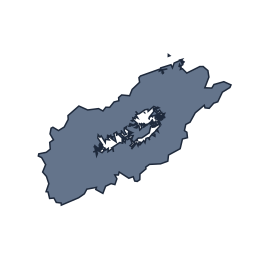 Chepo, Panama (orthographic projection), rotated 138°
{"feature_id": "35544464B69999703107277", "entity_name": "Chepo", "entity_type": "district", "adm_level": 2, "iso_a3": "PAN", "parent_name": "Panama", "parent_adm1": "", "projection": "orthographic", "projection_center": [-78.725, 9.102], "detail": "fine", "context": "isolated", "style": "filled", "palette": "slate", "viewbox_px": 256, "rotation_deg": 138, "n_neighbors": 0, "source": "geoboundaries", "source_scale": "gbopen_adm2", "svg_char_len": 6030}
<svg xmlns="http://www.w3.org/2000/svg" viewBox="0 0 256 256"><g transform="rotate(138 128 128)"><path d="M221.0,146.6L224.1,139.6L231.5,135.5L230.2,134.0L233.4,128.1L229.9,125.5L231.1,120.7L227.9,117.0L229.2,115.3L211.4,109.2L204.5,108.3L199.5,110.1L191.2,105.0L193.1,103.9L190.4,96.2L183.6,99.7L177.8,98.0L175.6,94.7L170.2,97.7L169.2,102.0L166.6,99.5L164.0,101.2L161.0,90.1L156.7,88.3L158.5,84.1L156.9,82.1L153.8,81.7L149.9,85.8L142.0,85.6L141.0,87.1L136.4,86.6L127.8,79.6L120.6,76.7L116.0,80.8L103.1,77.7L94.9,83.4L90.3,81.0L87.1,85.4L87.8,88.3L82.7,92.0L78.0,90.8L67.9,94.3L56.1,93.9L57.3,91.4L54.5,88.3L47.7,89.1L43.8,87.4L33.9,91.5L25.2,89.9L22.6,91.1L25.8,98.3L35.0,102.8L39.0,101.6L44.0,106.5L33.8,111.7L30.2,117.2L31.0,123.4L33.5,125.6L47.6,129.5L47.9,135.7L49.8,136.5L47.8,137.6L48.8,139.6L47.2,140.7L47.7,138.9L44.9,138.4L44.0,142.5L43.8,139.3L42.1,139.6L43.1,143.2L42.3,142.6L41.7,142.7L45.0,144.3L43.6,143.2L50.2,145.4L54.7,143.0L53.7,146.3L63.5,150.8L64.8,149.2L59.2,145.6L64.0,148.3L64.2,146.8L65.1,146.5L64.8,146.4L64.4,145.6L65.0,145.1L65.7,145.2L64.3,148.4L66.6,149.3L64.7,150.4L83.9,158.3L86.2,158.1L88.8,154.2L99.1,153.9L105.2,150.9L110.6,156.8L114.6,156.9L116.6,154.4L121.0,156.7L127.8,155.6L130.6,158.3L135.2,157.4L136.9,162.1L145.9,168.4L149.8,177.2L164.3,177.4L166.7,174.4L174.7,171.4L181.4,172.6L183.3,178.8L185.3,179.3L189.9,175.8L191.3,169.1L195.8,169.7L199.9,164.3L205.0,164.6L211.6,168.5L213.4,167.2L212.0,163.8L213.7,155.9L220.9,152.4L221.0,146.6ZM111.5,131.8L111.2,135.3L111.2,131.7L110.2,131.1L103.2,130.2L100.7,128.6L101.9,126.9L94.4,126.8L93.4,124.5L94.2,123.7L92.0,123.6L91.5,122.3L94.4,123.4L95.7,125.5L97.0,124.6L97.2,123.4L95.5,124.2L94.9,121.8L95.7,120.1L92.5,120.1L93.1,115.5L91.0,114.3L92.9,113.6L94.1,115.4L93.3,113.1L94.0,112.9L93.7,112.3L94.1,112.2L93.5,111.5L93.7,111.2L95.3,111.9L94.5,115.7L96.5,111.4L98.4,111.7L98.2,114.7L99.9,112.8L101.1,113.8L100.3,112.0L101.0,109.8L101.8,113.5L102.5,110.4L104.7,111.7L102.6,114.3L104.8,113.1L104.7,113.8L105.2,113.7L104.8,114.0L105.2,114.2L105.2,115.4L105.7,116.3L104.7,117.0L104.5,117.8L105.8,117.6L106.9,111.0L102.3,109.8L102.7,108.1L108.2,107.6L107.4,106.7L108.1,105.0L108.5,107.1L113.5,107.3L112.2,105.3L113.6,103.8L114.9,107.2L118.9,106.5L120.0,104.5L119.5,107.3L121.6,108.2L125.2,105.7L124.7,108.1L131.2,107.4L128.7,108.1L128.1,108.9L129.1,110.2L132.4,108.1L131.3,111.2L139.5,109.9L135.8,112.0L137.6,111.4L138.3,113.5L135.3,113.6L133.7,117.5L131.9,118.3L136.2,119.8L136.7,122.9L137.8,120.7L139.9,119.2L139.6,122.1L142.1,120.3L143.8,122.7L153.1,124.1L152.6,123.2L154.8,119.9L153.1,123.2L158.7,123.8L156.3,126.1L159.2,126.5L158.4,129.4L160.0,127.2L163.8,127.0L166.2,133.1L167.8,129.4L169.9,128.4L167.5,132.2L169.9,133.4L167.3,132.6L165.7,135.8L165.7,134.3L164.9,133.2L164.9,132.4L164.7,132.2L164.3,136.4L163.8,132.2L162.5,132.9L161.7,132.0L161.0,134.5L160.3,135.1L160.9,133.9L159.2,133.5L160.2,132.5L158.8,132.3L158.2,132.5L157.2,140.7L154.8,142.8L155.0,139.9L153.2,140.1L154.6,132.4L152.3,134.6L149.9,131.7L149.6,134.6L147.5,133.4L148.7,135.7L148.1,136.2L146.8,133.9L145.0,134.4L146.8,133.2L145.6,132.1L148.1,131.6L145.5,131.2L147.2,130.2L146.1,125.7L142.2,133.4L139.3,132.7L141.8,129.7L139.5,131.2L139.1,124.3L141.7,121.6L139.8,122.5L137.7,122.0L137.6,123.9L138.8,123.1L139.5,123.5L137.1,124.8L137.7,129.2L135.7,128.4L134.7,130.9L135.3,125.2L133.3,124.4L132.8,128.3L130.8,130.5L128.3,130.0L130.3,128.9L129.3,125.2L130.9,124.3L129.0,124.4L127.9,121.7L130.5,123.2L129.8,121.7L136.1,122.9L133.7,121.4L134.6,120.2L132.1,120.9L129.3,118.9L133.1,117.0L133.3,113.6L127.1,113.6L124.4,111.4L115.5,110.2L110.3,113.8L107.2,111.9L108.7,114.0L106.3,115.3L109.0,115.8L108.2,117.3L116.6,118.2L113.7,119.1L113.5,120.7L113.3,120.9L115.1,120.3L116.3,121.0L115.8,121.5L116.3,122.0L117.8,118.7L120.6,118.6L118.1,122.7L121.4,122.1L122.6,123.7L118.8,122.8L119.9,125.4L122.9,126.5L124.6,128.4L125.2,127.9L126.1,128.7L123.6,129.9L121.9,126.5L118.1,126.2L118.5,130.0L119.9,129.9L120.2,130.2L120.4,131.1L118.8,130.3L117.6,132.3L116.1,129.4L116.7,131.3L115.1,131.6L114.1,128.9L113.4,132.6L111.5,131.8ZM164.8,136.0L165.5,136.7L164.5,137.0L164.8,136.0ZM160.8,134.1L160.7,134.1L159.9,134.0L160.8,133.9L160.8,134.1ZM159.7,134.7L159.5,135.0L159.3,134.3L159.7,134.7ZM96.7,118.1L96.7,123.2L105.7,121.7L102.2,121.1L102.5,119.1L102.0,120.6L96.7,118.1ZM97.0,113.0L95.8,115.5L97.0,114.9L96.6,116.9L93.4,117.1L94.8,117.9L95.3,117.2L97.2,117.9L98.2,117.1L99.2,117.5L97.0,113.0ZM162.1,129.8L159.2,130.4L159.1,131.0L162.2,131.0L162.8,132.2L163.3,131.5L162.1,130.5L162.1,129.8ZM135.5,112.1L132.9,111.6L132.8,112.1L135.5,112.1ZM50.1,154.3L48.5,153.7L48.9,155.6L50.1,154.3ZM165.0,130.2L162.3,129.8L164.7,131.3L165.0,130.2ZM115.7,121.6L114.6,121.1L114.9,122.1L115.7,121.6ZM130.1,112.9L129.4,112.3L129.2,112.8L130.1,112.9ZM107.9,117.4L107.4,116.1L106.9,117.3L107.9,117.4ZM108.3,111.5L107.4,110.9L107.0,111.4L108.3,111.5ZM118.5,125.8L118.1,124.6L118.0,125.2L118.5,125.8ZM101.1,116.7L100.2,116.9L100.8,117.2L101.1,116.7ZM113.4,120.5L112.6,119.7L113.1,120.7L113.4,120.5ZM105.1,114.5L104.3,114.7L104.8,115.2L105.1,114.5ZM105.5,128.6L105.4,128.3L105.0,129.0L105.5,128.6ZM117.1,123.3L116.3,123.1L116.6,123.7L117.1,123.3ZM99.1,118.2L98.3,117.8L98.6,118.4L99.1,118.2ZM113.5,118.3L112.7,117.9L113.0,118.8L113.5,118.3ZM106.1,120.6L105.7,121.0L106.2,120.9L106.1,120.6ZM160.8,128.4L160.8,127.9L160.2,128.4L160.8,128.4ZM99.8,117.7L99.6,116.9L99.2,117.6L99.8,117.7ZM131.9,122.7L132.1,122.2L131.7,122.1L131.9,122.7ZM100.8,115.0L100.0,114.8L100.1,115.2L100.8,115.0ZM101.2,117.2L101.8,116.5L101.3,116.7L101.2,117.2ZM94.5,118.4L94.6,118.1L94.4,117.9L94.5,118.4ZM99.7,116.0L99.4,115.6L99.0,116.1L99.7,116.0ZM119.1,124.5L118.2,124.3L118.7,124.5L119.1,124.5ZM99.6,114.8L100.0,114.2L99.3,114.6L99.6,114.8ZM161.0,131.7L160.4,131.5L161.0,132.3L161.0,131.7ZM95.6,118.8L96.1,118.1L95.8,118.0L95.6,118.8ZM100.0,115.9L99.5,115.1L99.3,115.5L100.0,115.9ZM112.2,118.5L112.1,118.0L111.4,118.1L112.2,118.5ZM164.2,131.8L164.5,131.7L164.3,131.4L164.2,131.8Z" fill="#64748b" stroke="#1e293b" stroke-width="1.5"/></g></svg>